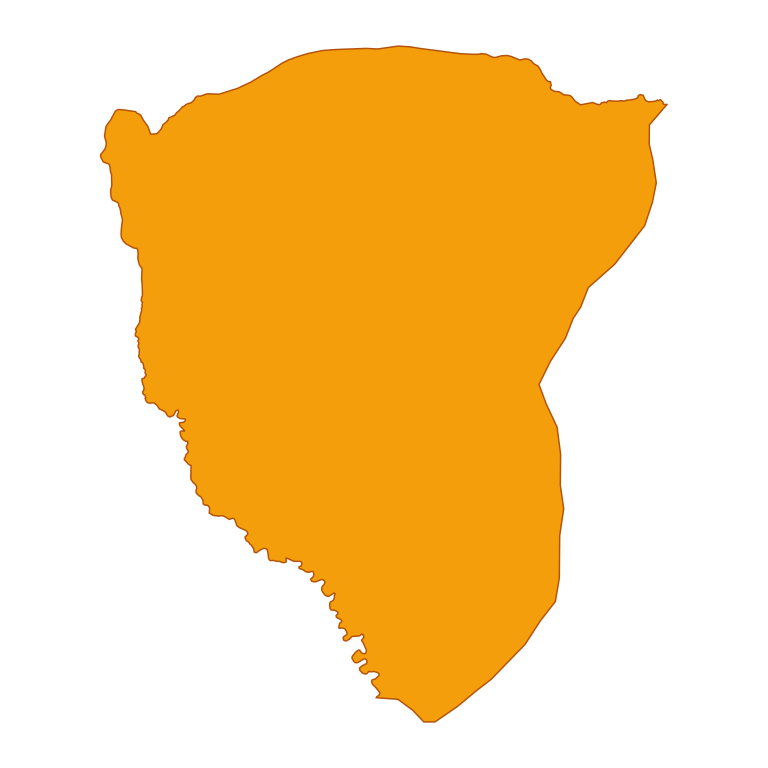 Samjiyon, Ryanggang, North Korea
{"feature_id": "82179303B58303989641607", "entity_name": "Samjiyon", "entity_type": "district", "adm_level": 2, "iso_a3": "PRK", "parent_name": "North Korea", "parent_adm1": "Ryanggang", "projection": "natural_earth1", "projection_center": [128.242, 41.802], "detail": "fine", "context": "isolated", "style": "filled", "palette": "amber", "viewbox_px": 768, "rotation_deg": 0, "n_neighbors": 0, "source": "geoboundaries", "source_scale": "gbopen_adm2", "svg_char_len": 6066}
<svg xmlns="http://www.w3.org/2000/svg" viewBox="0 0 768 768"><path d="M580.7,307.0L588.3,287.6L614.6,264.3L644.7,225.6L652.4,202.3L656.3,182.9L652.8,159.7L649.2,144.2L649.4,124.8L667.4,104.0L666.1,104.7L663.5,104.2L662.9,102.2L661.0,100.1L660.2,99.7L658.5,100.7L657.2,100.1L656.0,101.0L654.0,101.4L648.8,101.8L646.9,101.2L645.9,100.6L644.6,98.8L643.2,95.3L640.2,94.6L638.5,95.5L637.8,97.5L635.6,98.9L629.9,100.0L626.4,100.2L625.0,101.1L620.7,100.7L618.1,101.2L611.5,101.0L610.1,100.5L607.7,101.2L606.4,102.6L604.1,102.1L603.3,102.6L601.7,102.7L599.9,104.7L597.2,104.3L592.6,102.5L580.9,104.8L580.0,104.5L575.2,101.2L571.7,96.8L570.4,95.8L569.1,95.3L563.6,94.8L560.8,92.7L558.7,91.7L554.2,91.3L551.4,89.6L550.5,88.5L550.2,87.5L551.2,85.3L551.1,84.4L550.4,83.1L550.7,82.2L550.4,81.7L548.4,81.5L546.3,79.9L541.8,73.0L540.6,70.2L538.2,66.3L533.7,63.7L531.1,60.7L527.8,59.1L524.4,58.9L520.8,59.9L519.3,59.8L511.6,56.6L507.4,55.5L501.5,55.8L495.9,57.4L493.8,57.4L491.6,56.8L486.6,54.3L485.2,54.0L480.6,53.7L478.7,54.3L472.7,54.3L460.4,53.7L418.9,48.3L410.1,46.8L398.0,46.1L377.6,49.0L366.3,48.4L336.7,49.5L322.7,50.5L308.1,53.5L296.5,57.0L288.6,59.9L282.4,63.0L268.5,72.1L261.6,75.6L251.2,81.9L237.5,88.4L219.1,94.2L207.2,93.8L200.5,96.1L197.2,96.1L195.2,97.8L194.3,99.8L191.6,102.5L186.3,104.3L183.9,106.3L182.3,107.0L179.0,110.8L176.5,112.8L174.7,115.3L168.8,117.9L168.2,119.9L165.7,122.6L163.1,124.5L161.3,128.7L158.7,131.9L156.6,133.8L150.7,134.2L147.8,126.4L143.2,119.9L140.8,115.3L139.5,114.3L136.5,112.9L136.1,112.1L135.3,111.6L124.3,110.0L118.1,109.5L116.0,110.7L115.0,111.8L111.8,117.7L111.2,119.3L107.1,124.7L105.9,126.9L104.5,136.3L106.3,142.5L106.0,146.2L104.7,149.5L100.7,154.5L100.6,156.5L102.8,161.1L103.9,162.2L108.7,163.9L109.8,165.8L110.6,172.2L111.5,174.3L111.8,184.6L111.4,187.7L110.8,189.1L110.6,192.6L111.2,197.4L112.5,200.1L117.7,202.5L118.6,203.6L118.7,205.4L120.2,209.0L121.0,214.0L122.5,219.5L121.3,229.3L121.1,234.4L121.4,237.5L123.5,241.3L125.9,243.8L133.4,247.9L136.9,248.5L137.7,249.9L137.9,251.9L138.1,254.3L137.8,258.1L138.4,261.2L139.4,264.9L141.6,267.9L142.0,269.4L141.6,279.0L142.1,283.5L142.5,294.4L142.3,296.2L141.8,297.0L141.2,300.1L141.5,301.2L142.3,302.1L142.3,303.6L141.9,305.1L142.4,306.5L141.4,308.4L141.7,310.3L139.8,317.1L140.0,319.1L139.7,320.3L139.7,321.8L139.2,323.2L135.6,329.1L135.6,329.9L136.4,330.9L135.2,334.8L135.7,336.1L138.0,337.4L138.8,338.7L137.9,340.6L138.9,343.4L138.2,345.2L138.1,346.5L138.4,347.7L139.3,348.9L139.2,354.1L138.6,356.0L139.3,357.9L140.7,359.6L141.1,362.0L142.3,362.5L142.9,363.2L143.7,366.1L143.7,368.3L144.9,369.2L145.3,370.2L145.1,373.3L146.2,374.7L146.1,375.6L145.1,376.4L144.4,378.0L142.2,378.7L141.9,379.2L142.3,382.6L143.7,386.3L144.1,388.5L143.7,390.1L142.8,391.5L142.9,393.4L143.6,394.6L144.8,394.9L145.1,395.5L145.2,396.5L145.9,397.8L145.1,398.5L146.2,401.1L147.3,402.6L150.3,403.2L152.2,402.8L153.9,403.0L156.9,405.2L159.4,409.0L162.6,410.4L165.8,412.4L166.2,413.6L167.8,416.0L169.6,417.0L173.5,415.5L175.9,410.8L177.8,410.0L178.4,410.8L178.5,412.0L177.0,416.0L177.5,416.9L180.2,418.6L185.0,419.0L185.4,419.4L185.4,420.5L183.6,422.3L179.9,422.7L179.3,423.3L179.7,425.3L180.4,426.3L184.5,430.6L184.1,431.2L181.9,431.0L180.4,431.4L180.1,432.2L180.2,433.5L180.9,436.4L182.2,438.5L183.6,440.0L186.1,441.5L187.5,441.3L187.8,441.9L187.8,443.5L186.3,446.5L186.9,448.8L188.2,450.9L188.2,452.0L188.0,452.6L186.0,454.6L185.4,456.8L184.4,458.5L184.4,459.8L188.8,464.5L191.1,465.6L190.8,476.6L191.0,479.5L193.1,482.5L195.5,484.6L196.6,486.4L196.7,488.5L196.0,490.6L196.2,492.6L196.7,493.6L198.9,495.7L200.8,496.8L202.7,499.6L203.0,500.6L203.2,503.9L204.8,505.1L207.6,505.3L209.3,507.0L209.6,509.4L209.2,513.0L213.2,515.4L218.5,516.1L221.7,515.7L223.8,516.1L229.4,519.4L232.7,518.2L234.1,518.7L235.3,520.8L236.8,525.5L239.2,527.5L245.7,530.4L247.3,532.0L247.8,533.2L247.6,534.5L245.1,536.9L245.2,538.3L246.4,540.7L248.7,542.1L249.6,543.7L251.6,545.4L253.9,549.3L254.2,552.0L254.8,552.5L256.6,552.7L259.2,550.5L263.6,548.4L265.4,548.5L267.2,549.6L267.9,552.7L268.6,558.5L269.7,560.2L270.4,560.6L274.1,560.5L276.6,561.3L279.4,561.4L282.9,562.6L284.5,562.6L286.0,562.0L286.3,560.6L286.0,558.2L286.6,558.0L293.6,561.2L300.2,561.4L301.6,562.3L301.8,563.9L301.5,565.5L298.9,567.1L299.0,568.0L299.5,568.6L302.8,569.6L306.1,571.9L308.7,572.3L311.8,571.4L312.9,571.6L313.5,572.4L313.8,574.1L313.6,575.8L312.8,577.2L310.8,579.1L311.1,580.4L311.9,581.3L313.9,581.8L315.6,581.8L321.1,579.6L322.9,579.8L324.2,580.6L324.8,581.5L324.7,583.1L324.2,584.4L322.1,586.6L321.6,589.7L322.4,591.6L324.5,594.6L326.3,595.9L328.5,596.4L333.7,593.2L334.5,593.2L335.1,593.7L334.4,595.3L334.4,597.4L333.6,599.7L332.9,600.6L330.6,601.9L329.9,602.8L329.7,604.8L330.0,608.5L331.1,609.9L335.0,610.4L337.5,611.7L338.0,612.6L338.0,613.6L336.1,615.6L336.3,616.9L337.4,618.0L340.8,619.5L341.7,621.0L341.6,621.9L340.2,622.6L339.5,623.7L338.9,627.0L339.0,628.1L339.5,628.4L341.8,627.9L344.2,628.5L345.1,629.1L346.2,630.9L347.0,633.0L347.0,634.2L346.3,635.0L343.6,636.8L343.1,638.2L343.7,640.1L345.5,641.0L346.8,640.6L349.5,639.2L352.0,636.5L359.2,635.9L360.2,635.5L361.4,634.2L362.9,634.3L363.0,635.2L363.6,635.9L363.8,636.5L363.6,637.7L362.0,639.5L361.7,640.8L363.3,642.9L366.1,649.3L366.4,651.3L365.9,652.8L364.6,653.8L363.1,653.6L361.2,652.6L359.8,650.2L358.3,650.1L355.8,652.0L352.6,655.9L352.1,656.9L352.0,658.3L354.0,661.7L354.8,662.4L356.5,662.8L358.1,662.4L364.2,658.8L365.3,658.9L366.8,660.2L367.0,662.2L366.5,663.6L362.3,665.7L359.5,668.0L359.9,670.3L362.3,673.0L365.1,674.0L366.2,673.9L367.3,673.3L368.7,671.5L371.6,671.9L373.6,671.4L377.4,672.5L378.9,673.7L379.1,674.9L378.7,675.9L375.2,679.0L372.3,679.8L371.6,681.1L372.3,683.9L376.9,688.8L379.8,692.8L379.9,693.5L379.0,695.1L376.7,696.9L376.3,697.7L397.9,699.3L412.8,710.3L423.8,721.9L435.0,721.9L457.5,706.4L476.3,690.8L491.3,679.2L525.1,644.3L540.2,621.0L555.3,601.6L559.3,578.3L559.7,535.7L563.7,508.6L560.3,485.3L560.6,454.3L557.1,427.2L546.2,403.9L539.0,384.5L550.4,361.3L565.5,338.0L573.1,318.6L580.7,307.0Z" fill="#f59e0b" stroke="#b45309" stroke-width="1.5"/></svg>